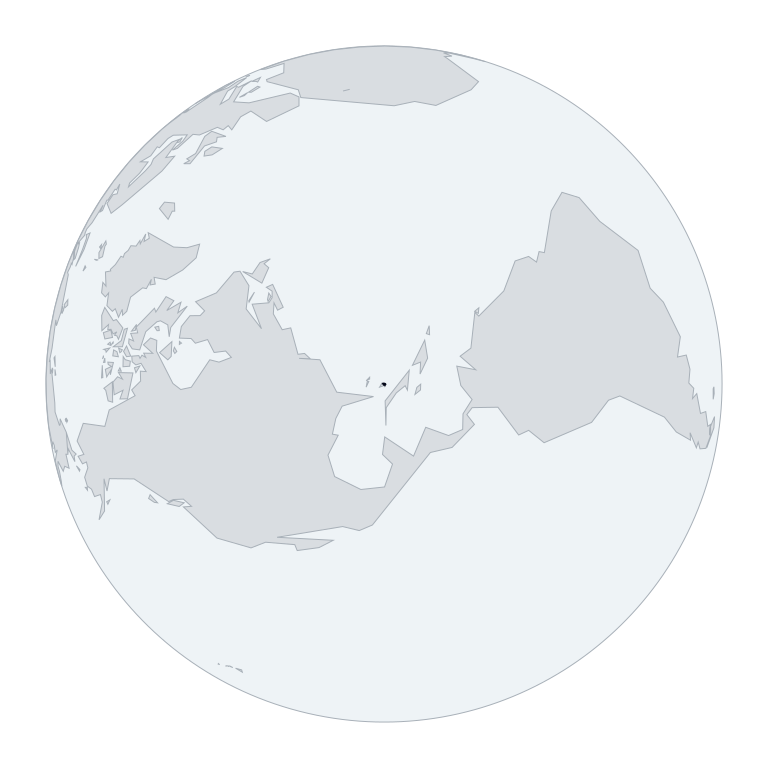 South Andros on an orthographic globe, rotated 283°
{"feature_id": "BHS-5022", "entity_name": "South Andros", "entity_type": "District", "adm_level": 1, "iso_a3": "BHS", "parent_name": "The Bahamas", "parent_adm1": "", "projection": "orthographic", "projection_center": [-77.637, 23.971], "detail": "fine", "context": "on_globe", "style": "filled", "palette": "ink", "viewbox_px": 768, "rotation_deg": 283, "n_neighbors": 0, "source": "natural_earth", "source_scale": "10m", "svg_char_len": 9941}
<svg xmlns="http://www.w3.org/2000/svg" viewBox="0 0 768 768"><g transform="rotate(283 384 384)"><circle cx="384" cy="384" r="338" fill="#eef3f6" stroke="#a8b0b8"/><path d="M380.8,475.2L372.8,471.6L365.0,481.2L337.5,464.6L327.7,444.6L244.0,404.4L235.6,392.8L235.8,375.8L210.6,314.3L220.3,369.7L210.0,357.5L202.2,336.9L207.4,333.2L203.2,304.2L194.4,291.3L196.3,255.9L219.1,216.2L221.5,224.0L226.7,214.4L224.0,204.6L221.0,200.6L235.3,161.9L230.0,137.7L217.4,138.2L228.7,132.5L197.4,140.3L187.6,136.9L205.5,136.1L212.5,132.6L209.2,127.3L215.7,122.7L217.8,117.9L225.8,113.3L235.7,114.3L241.1,111.6L238.4,108.2L244.8,102.2L247.9,107.4L259.4,97.8L278.0,99.8L279.9,121.5L296.9,122.1L316.6,144.1L321.5,139.5L332.1,146.2L341.7,143.7L342.6,149.4L349.5,142.6L346.8,137.9L349.0,133.6L354.4,132.0L356.5,138.7L354.1,140.5L357.6,141.7L356.3,145.9L360.0,142.9L361.9,151.8L368.1,140.8L376.3,146.2L375.4,152.8L365.0,154.8L337.0,178.2L332.9,187.2L337.5,197.0L368.4,208.8L368.2,218.3L375.6,229.3L380.5,222.3L376.5,211.4L387.6,202.1L381.3,191.0L384.9,185.9L382.7,174.3L394.4,173.6L406.9,179.6L409.3,189.5L414.9,192.8L421.8,181.9L435.1,200.2L459.3,212.7L461.5,218.3L449.4,230.3L426.1,232.8L410.3,252.2L432.1,237.6L437.2,253.5L442.9,255.6L449.3,254.1L451.8,247.6L456.0,253.1L436.1,268.5L432.0,263.7L438.3,258.6L427.4,260.4L414.0,272.6L417.7,280.5L393.6,293.5L395.9,299.7L392.0,306.5L389.9,295.5L393.2,316.1L365.4,339.8L369.4,376.6L353.0,348.2L339.6,344.8L323.5,345.0L323.8,350.9L302.1,345.4L282.7,356.7L276.0,385.2L283.8,407.7L307.9,410.3L315.0,398.4L332.6,396.6L320.4,429.0L351.2,434.4L348.3,458.5L357.4,470.9L372.7,467.7L388.7,473.3L399.8,459.2L417.8,450.9L418.5,470.2L428.2,451.9L438.5,460.6L474.2,456.4L471.5,461.1L501.6,479.8L533.4,484.1L540.8,496.2L537.1,505.2L547.9,505.3L548.1,510.7L590.2,508.0L610.8,514.3L609.5,532.2L591.0,557.7L571.3,601.5L537.2,621.8L526.6,637.8L496.7,662.1L476.3,663.9L480.2,672.0L467.2,678.8L453.5,680.8L449.5,686.8L439.2,687.9L445.0,690.9L426.5,699.0L429.5,703.7L415.6,709.0L418.0,711.2L413.4,711.4L408.1,712.5L407.0,713.8L393.7,712.1L391.9,706.5L398.1,703.2L392.1,702.7L405.4,693.2L398.2,695.3L403.0,679.6L414.8,664.7L425.4,616.5L418.7,606.4L393.3,594.9L362.8,553.2L371.4,535.4L364.6,526.7L387.0,500.2L380.8,475.2ZM71.3,310.8L73.7,303.3L73.4,309.6L71.3,310.8ZM74.4,297.8L73.7,300.5L74.1,298.0L74.4,297.8ZM74.2,295.3L74.3,297.1L73.8,295.8L74.2,295.3ZM73.5,292.9L74.0,293.9L73.8,294.1L73.5,292.9ZM367.8,388.9L403.1,405.5L383.3,408.2L387.1,405.0L378.1,398.0L361.4,391.5L344.0,395.2L367.8,388.9ZM73.6,287.0L73.8,285.4L74.4,285.5L73.6,287.0ZM383.0,368.6L376.9,367.3L382.9,367.1L383.0,368.6ZM218.6,199.8L223.3,205.0L223.3,216.0L218.6,212.0L218.6,199.8ZM219.5,180.4L223.5,181.0L217.3,190.1L217.0,186.9L219.5,180.4ZM206.9,140.3L209.5,143.0L204.7,142.0L206.9,140.3ZM216.6,118.1L213.8,119.0L216.1,116.2L216.6,118.1ZM376.5,175.7L379.5,175.1L378.3,177.5L376.5,175.7ZM372.6,171.5L369.1,174.8L366.7,173.3L368.9,171.3L372.6,171.5ZM230.6,106.9L235.1,102.7L232.2,107.0L230.6,106.9ZM377.6,167.8L363.0,170.4L358.9,167.9L364.1,158.3L377.6,167.8ZM238.8,100.3L249.7,91.0L244.4,91.8L265.5,85.3L249.3,94.8L246.5,99.8L244.0,98.3L238.8,100.3ZM343.7,137.2L346.7,142.1L339.2,139.7L343.7,137.2ZM338.3,136.9L311.9,137.4L310.0,130.1L319.2,131.1L312.8,123.5L324.9,119.5L331.1,122.8L329.9,128.1L335.4,122.7L338.3,136.9ZM275.4,83.6L279.5,81.9L277.1,84.0L275.4,83.6ZM349.2,131.7L344.1,132.2L342.1,125.8L352.1,123.7L349.5,126.4L349.2,131.7ZM305.2,123.7L305.5,119.0L315.3,114.3L316.8,112.0L325.0,118.8L305.2,123.7ZM352.7,127.0L357.2,122.9L363.1,124.6L354.2,130.9L352.7,127.0ZM337.4,125.1L336.9,122.1L340.4,123.0L337.4,125.1ZM386.4,129.5L380.3,129.6L378.7,126.1L386.4,129.5ZM358.5,121.3L356.4,120.7L355.1,119.6L359.2,117.4L358.5,121.3ZM331.4,115.3L335.4,114.6L328.5,112.2L335.6,109.2L339.8,114.5L341.0,110.9L343.2,110.0L344.1,115.5L331.4,115.3ZM359.4,111.8L367.2,118.3L378.9,118.6L380.6,121.5L361.4,120.7L359.4,111.8ZM350.4,113.4L356.4,112.9L355.4,116.5L350.8,119.0L350.4,113.4ZM338.9,105.3L327.0,108.6L326.4,107.4L338.9,105.3ZM363.0,111.0L361.1,109.5L364.0,110.6L363.0,111.0ZM346.5,106.1L342.4,107.3L341.9,105.9L346.5,106.1ZM360.6,105.8L363.1,107.7L360.1,109.3L360.6,105.8ZM354.3,105.3L354.7,103.1L357.4,108.7L352.5,106.1L354.3,105.3ZM346.8,104.6L345.1,104.1L348.6,104.3L346.8,104.6ZM370.9,99.0L375.1,105.7L368.3,109.0L365.1,101.9L370.9,99.0ZM415.5,715.3L394.6,712.9L406.5,714.1L416.1,711.7L426.6,713.4L415.5,715.3ZM443.1,708.2L453.4,705.8L455.5,706.1L448.8,707.9L443.1,708.2ZM639.5,162.8L645.5,170.6L637.3,162.4L618.1,140.5L614.5,136.9L639.5,162.8ZM601.1,125.0L600.8,124.9L588.8,115.3L599.6,124.4L601.9,125.9L608.8,132.1L607.1,131.3L602.9,127.6L604.4,130.0L624.0,148.4L628.4,151.9L637.8,165.8L646.0,173.4L651.7,181.3L640.0,171.6L634.2,165.7L619.8,161.6L626.7,168.8L640.8,173.6L640.4,175.5L649.8,186.9L642.3,179.7L625.1,174.0L627.6,189.3L646.4,227.2L644.6,236.6L635.9,238.6L613.4,210.5L620.0,192.9L612.1,184.2L597.4,178.5L600.7,174.1L595.5,170.1L596.6,163.9L585.1,148.1L584.3,141.7L567.1,129.7L564.3,125.2L575.3,133.3L582.5,136.2L579.0,122.7L574.6,118.3L563.7,112.0L564.1,109.7L553.9,105.4L545.7,96.7L547.3,104.2L534.5,98.5L522.6,90.9L518.6,90.7L538.0,103.5L545.5,107.6L551.5,108.7L572.1,123.0L576.1,129.2L555.6,120.5L558.9,128.8L541.5,119.7L499.8,88.6L488.9,79.7L497.6,73.5L507.5,77.4L509.3,81.2L519.4,81.6L512.9,79.6L513.3,78.2L501.1,73.7L500.8,72.6L489.7,70.7L487.9,68.8L495.0,70.1L475.5,63.3L468.4,59.6L464.1,58.8L461.6,58.9L454.2,55.0L451.4,54.6L452.8,55.6L448.1,55.7L436.9,54.8L434.9,53.5L438.7,53.6L443.7,52.6L454.1,54.0L452.1,53.5L442.7,52.0L436.6,53.2L430.4,53.1L431.9,51.9L430.8,52.3L427.1,51.9L421.7,50.6L419.4,51.8L381.5,53.1L367.1,51.7L372.7,49.8L344.2,52.5L330.2,52.9L331.5,53.5L318.7,56.6L322.9,56.4L322.5,57.1L291.5,67.5L282.7,69.8L270.8,77.0L271.4,77.6L277.3,76.2L265.5,85.3L244.4,91.8L244.0,89.9L231.1,96.1L232.0,91.4L226.8,91.1L235.4,83.7L230.5,84.9L226.0,87.4L216.0,91.7L212.0,93.1L218.2,89.5L235.0,81.0L246.3,80.4L243.4,79.1L250.1,76.5L252.7,74.6L250.2,74.5L246.2,76.2L268.2,66.5L290.7,59.2L313.5,53.5L336.8,49.4L360.2,46.9L383.8,46.1L407.4,46.9L430.8,49.3L454.1,53.4L477.0,59.1L499.4,66.4L521.3,75.2L542.5,85.5L562.9,97.3L582.5,110.5L601.1,125.0ZM720.9,410.3L721.2,398.5L721.1,373.6L720.0,367.5L718.8,376.5L716.6,369.4L715.1,373.3L699.9,408.1L690.3,402.7L667.1,371.9L666.2,350.3L657.4,331.3L644.4,238.5L651.4,234.3L652.3,202.1L654.2,201.0L664.7,216.3L673.9,214.5L664.3,198.1L662.5,192.7L676.2,214.2L688.2,236.8L698.4,260.1L706.8,284.2L713.5,308.8L718.2,333.9L721.0,359.3L721.9,384.8L720.9,410.3ZM660.3,278.2L663.4,284.3L660.3,278.2ZM475.3,456.0L479.6,459.3L474.0,460.0L475.3,456.0ZM380.8,416.5L388.1,416.8L392.1,419.8L386.4,420.9L380.8,416.5ZM442.6,413.9L451.0,414.9L442.3,417.3L442.6,413.9ZM408.6,407.5L435.9,413.8L419.0,420.7L401.8,416.9L413.6,414.7L408.6,407.5ZM379.9,380.4L384.5,381.8L383.2,385.5L379.9,380.4ZM387.4,368.5L385.6,368.9L383.2,365.9L387.4,368.5ZM438.4,252.5L440.1,251.5L446.7,251.3L443.8,254.3L438.4,252.5ZM474.5,235.9L480.4,245.1L474.2,240.1L471.4,245.5L454.8,242.3L461.8,221.0L461.6,230.9L474.5,235.9ZM434.6,233.5L444.4,237.1L433.4,234.1L434.6,233.5ZM565.6,157.4L570.4,157.1L576.3,162.9L577.2,173.5L568.6,165.0L565.6,157.4ZM575.6,155.6L555.0,145.4L553.6,139.3L557.9,144.3L559.0,141.2L566.2,148.6L585.0,153.7L591.5,159.3L589.7,174.3L586.8,165.9L582.3,166.3L575.6,155.6ZM504.8,138.8L495.9,136.6L504.4,125.7L511.8,129.2L513.2,139.2L505.3,141.2L504.8,138.8ZM389.5,151.5L385.5,153.0L384.9,150.9L387.8,147.9L389.5,151.5ZM383.7,129.8L406.2,143.3L402.8,145.5L420.1,152.0L417.9,160.5L406.7,155.8L418.0,167.8L407.0,167.1L415.6,174.8L391.1,163.5L381.7,164.1L393.0,160.0L395.3,152.0L393.5,148.7L381.4,140.1L362.3,138.3L361.6,130.8L366.1,126.1L370.6,125.4L369.6,130.3L376.3,125.8L378.4,132.5L383.7,129.8ZM419.8,87.2L416.8,91.1L430.5,87.4L432.7,92.3L434.1,91.6L439.9,95.4L449.3,99.0L448.8,101.4L452.7,101.8L456.6,104.7L461.8,106.3L462.6,111.4L469.0,113.9L465.7,115.0L476.6,118.1L468.9,118.2L473.2,122.5L478.4,120.2L470.1,148.2L472.5,161.4L478.8,172.9L464.7,172.6L449.8,162.2L436.6,148.1L436.2,136.0L429.9,138.6L427.9,133.8L433.7,133.8L423.5,131.0L423.4,127.2L411.6,117.5L396.9,117.0L392.2,113.8L397.9,112.2L389.3,110.3L396.9,105.2L393.7,103.0L398.0,96.4L410.8,95.2L406.2,92.9L409.3,88.3L419.8,87.2ZM372.5,97.1L387.3,93.5L395.8,94.7L384.8,106.0L386.6,108.7L379.9,116.9L367.8,115.2L370.8,112.9L370.9,110.4L374.7,111.9L371.8,108.8L375.9,105.7L374.8,102.6L379.9,102.2L372.5,97.1ZM649.8,193.0L650.1,191.1L649.0,187.0L654.9,194.6L649.8,193.0ZM638.5,189.2L637.8,186.3L645.7,193.9L645.4,196.3L638.5,189.2ZM630.8,178.6L637.2,185.5L633.6,183.1L630.8,178.6ZM574.0,130.6L572.4,127.7L574.9,128.8L578.8,132.1L574.0,130.6ZM460.8,80.8L457.8,82.0L455.7,81.1L444.7,81.1L442.2,78.0L447.9,76.7L460.8,80.8ZM653.0,181.9L652.8,180.0L654.6,184.0L653.0,181.9ZM456.3,77.4L452.0,77.6L453.5,76.0L456.3,77.4ZM439.8,75.8L440.4,73.7L440.6,77.6L439.8,75.8ZM429.2,57.1L447.4,60.0L458.8,61.3L462.7,60.4L465.0,63.6L447.3,61.4L429.2,57.1ZM387.6,53.4L384.3,55.2L380.5,54.4L380.8,53.8L387.6,53.4ZM389.3,54.5L395.0,57.0L389.7,58.1L386.3,55.8L389.3,54.5ZM426.3,65.3L431.9,66.2L430.6,67.3L426.3,65.3ZM277.6,81.4L279.3,81.8L275.6,82.7L277.6,81.4ZM325.1,57.0L324.0,58.0L319.7,58.6L325.1,57.0ZM318.5,61.6L324.2,60.1L319.0,62.2L318.5,61.6ZM336.8,57.2L326.8,59.8L335.2,56.6L336.8,57.2Z" fill="#d9dde1" stroke="#a8b0b8" stroke-width="1"/><path d="M383.4,383.6L383.5,383.6L383.8,383.2L384.0,382.9L384.0,382.7L384.3,382.8L384.4,383.0L384.5,383.1L384.5,383.4L384.5,383.5L384.5,383.8L384.6,384.0L384.4,384.2L384.2,384.2L384.2,384.4L384.4,384.3L384.5,384.2L384.6,384.3L384.6,384.5L384.6,384.8L384.3,384.8L384.5,385.0L384.4,385.3L384.2,385.4L383.8,385.2L383.9,385.3L383.9,385.5L383.7,385.4L383.2,385.3L383.4,385.2L383.5,385.1L383.8,385.2L384.0,385.0L384.2,384.9L384.3,384.8L384.3,384.7L384.2,384.7L384.0,384.8L383.6,385.1L383.4,384.9L383.7,384.7L383.8,384.6L383.7,384.6L383.4,384.6L383.2,384.7L383.0,384.2L383.0,383.9L383.4,383.6Z" fill="#0f172a" stroke="#020617" stroke-width="1.5"/></g></svg>